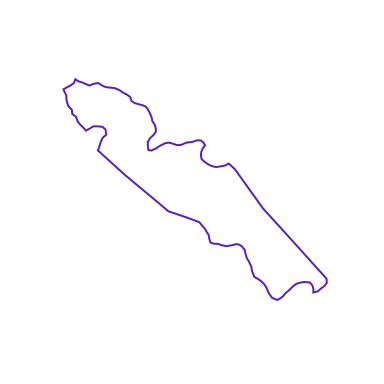 the district of Ubaitaba, Bahia, Brazil, rotated 208°
{"feature_id": "56859067B94631284675469", "entity_name": "Ubaitaba", "entity_type": "district", "adm_level": 2, "iso_a3": "BRA", "parent_name": "Brazil", "parent_adm1": "Bahia", "projection": "orthographic", "projection_center": [-39.41, -14.263], "detail": "fine", "context": "isolated", "style": "outline", "palette": "violet", "viewbox_px": 384, "rotation_deg": 208, "n_neighbors": 0, "source": "geoboundaries", "source_scale": "gbopen_adm2", "svg_char_len": 1877}
<svg xmlns="http://www.w3.org/2000/svg" viewBox="0 0 384 384"><g transform="rotate(208 192 192)"><path d="M326.0,244.2L330.0,241.0L332.4,237.9L336.1,237.5L339.9,237.2L344.6,236.4L347.9,236.8L347.4,232.9L349.0,229.5L351.0,226.5L353.7,222.4L351.4,220.4L348.4,218.4L346.2,214.6L344.2,212.3L342.0,210.1L336.6,208.1L334.4,204.7L329.7,203.9L325.7,200.4L321.2,198.6L318.1,197.8L314.5,196.4L312.1,199.9L310.0,203.6L305.9,205.8L301.6,207.5L297.6,206.5L294.6,202.3L296.3,198.1L296.1,193.6L295.2,188.5L294.5,184.5L260.2,175.8L240.6,171.7L220.0,167.4L203.8,163.9L183.2,167.2L171.4,168.8L167.2,167.1L163.4,165.6L160.4,163.7L157.0,161.8L154.5,158.5L151.7,156.0L148.2,156.7L144.9,158.3L141.1,158.9L136.2,160.3L131.9,163.6L128.3,166.9L125.5,167.7L122.6,167.4L118.2,165.6L115.6,162.3L112.3,159.1L109.6,157.7L107.2,155.9L104.5,153.9L102.6,151.2L100.2,148.9L97.0,146.3L93.0,146.2L89.3,145.8L85.5,144.7L81.7,142.7L79.0,140.5L76.2,138.4L71.6,136.2L66.1,136.7L64.2,139.3L62.6,143.0L62.1,146.1L60.2,150.8L58.8,155.2L57.2,159.2L54.8,162.0L50.6,165.3L45.5,167.4L41.5,165.8L39.2,163.2L37.7,160.3L34.2,163.4L32.9,167.1L30.9,171.2L30.3,175.0L32.4,178.5L36.9,180.3L43.6,182.6L84.7,197.6L121.6,210.8L126.2,213.1L164.7,232.2L172.9,234.4L175.0,231.1L178.3,228.4L182.5,225.3L186.6,224.2L190.9,224.0L195.4,224.6L199.0,225.6L201.1,228.2L202.6,231.5L203.0,235.5L202.4,239.4L205.1,241.0L208.2,241.7L211.6,240.2L215.2,236.4L220.2,232.9L223.6,228.6L227.3,226.3L232.1,225.6L235.5,224.8L238.6,222.5L242.3,217.2L244.0,213.9L247.3,209.6L250.2,208.6L252.8,212.3L254.5,215.3L254.4,219.4L252.6,224.8L252.3,228.6L253.9,231.1L256.0,233.5L260.3,236.0L262.3,238.5L264.5,240.5L267.1,242.5L269.9,244.3L272.9,245.7L276.4,245.4L281.0,244.3L284.3,243.6L288.3,244.1L291.2,246.9L295.2,247.4L299.6,247.4L303.5,247.8L308.3,247.6L313.2,245.8L317.3,244.1L321.5,243.8L326.0,244.2Z" fill="none" stroke="#5b21b6" stroke-width="2"/></g></svg>